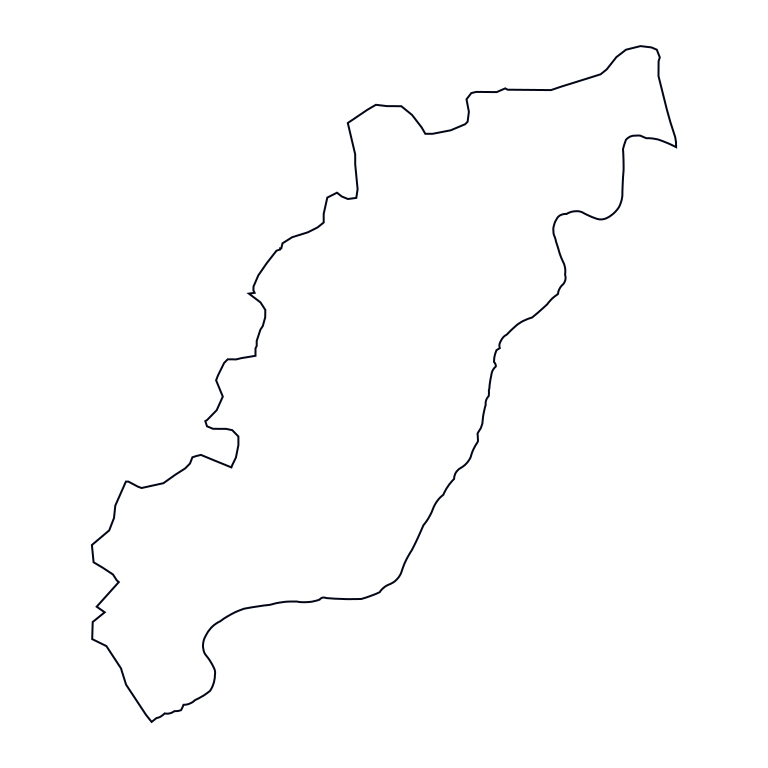 Talkha, Ad Daqahliyah, Egypt (Robinson projection)
{"feature_id": "37247803B18011904824806", "entity_name": "Talkha", "entity_type": "district", "adm_level": 2, "iso_a3": "EGY", "parent_name": "Egypt", "parent_adm1": "Ad Daqahliyah", "projection": "robinson", "projection_center": [31.404, 31.109], "detail": "fine", "context": "isolated", "style": "outline", "palette": "ink", "viewbox_px": 768, "rotation_deg": 0, "n_neighbors": 0, "source": "geoboundaries", "source_scale": "gbopen_adm2", "svg_char_len": 6104}
<svg xmlns="http://www.w3.org/2000/svg" viewBox="0 0 768 768"><path d="M347.8,123.0L355.2,154.4L355.2,164.3L357.6,189.2L356.3,197.9L347.9,199.0L341.8,196.5L337.0,192.7L327.3,197.6L323.7,213.8L323.7,222.5L317.6,227.4L307.9,232.3L292.2,237.2L282.5,243.3L281.3,248.3L280.1,248.3L280.1,249.5L276.5,250.7L266.8,263.1L258.3,275.4L253.5,286.6L253.4,290.3L254.6,292.8L248.9,293.6L260.5,302.4L265.3,309.9L265.2,317.3L262.8,326.0L260.4,329.7L256.7,340.9L256.7,345.9L255.5,348.4L255.5,355.8L241.0,358.2L236.2,359.4L227.7,359.3L224.1,363.0L218.0,375.4L216.1,380.3L222.8,396.6L216.7,410.2L207.0,420.1L205.3,421.1L207.0,426.3L213.0,428.8L226.3,428.9L232.3,430.2L238.4,436.5L238.4,445.2L235.9,457.6L232.3,465.0L231.4,467.4L213.0,459.9L200.9,454.9L196.1,456.1L192.4,457.3L190.0,463.5L185.2,468.4L175.5,474.6L163.4,483.2L141.6,488.0L138.0,486.7L128.4,481.6L125.9,481.6L115.3,505.6L114.0,518.0L109.2,530.4L91.9,545.0L93.6,562.3L102.4,567.5L113.0,574.5L116.8,580.4L118.8,582.1L96.7,606.7L104.7,612.3L92.7,622.0L92.2,639.1L106.4,646.1L121.2,668.7L121.4,669.8L126.1,684.7L145.9,714.7L151.6,721.9L153.7,720.3L156.4,718.1L158.0,717.7L159.2,717.3L160.3,716.8L161.4,716.1L162.9,715.0L163.9,714.2L164.7,713.4L165.8,713.6L166.8,713.7L168.5,713.6L169.5,713.4L171.1,713.0L172.1,712.5L173.1,712.0L174.4,711.1L176.4,711.1L177.9,711.0L179.3,710.7L181.1,710.1L182.4,707.5L183.5,704.8L185.5,704.7L187.4,704.4L189.2,703.8L191.0,703.0L192.1,702.4L193.2,701.7L194.2,700.8L195.2,700.0L199.0,698.2L201.2,696.9L203.4,695.7L206.6,693.5L210.0,690.9L211.1,689.2L212.3,686.9L213.2,684.5L214.0,682.0L214.5,679.4L214.8,677.7L214.9,675.3L215.1,673.4L215.1,671.8L214.9,670.7L214.5,669.2L212.9,665.8L211.7,663.6L209.8,660.5L208.4,658.4L206.9,656.5L205.0,654.0L204.1,652.1L203.7,650.8L203.4,649.4L203.2,648.0L203.0,646.6L203.0,645.2L203.1,643.8L203.3,642.4L203.6,641.0L204.0,639.6L204.7,637.7L205.4,636.4L206.1,635.1L207.2,633.1L208.1,631.6L209.2,630.2L210.3,628.8L211.4,627.5L212.7,626.3L214.0,625.1L216.1,623.6L218.3,622.2L220.2,621.3L224.0,618.5L227.8,616.2L231.7,614.0L235.6,612.0L239.7,610.3L244.1,608.7L251.9,607.3L257.9,606.4L263.9,605.5L270.1,604.8L273.8,603.8L276.6,603.1L279.5,602.6L282.4,602.2L285.3,601.8L288.2,601.6L292.6,601.5L296.6,601.5L299.3,602.0L302.5,602.2L305.7,602.2L308.9,602.0L311.1,601.8L313.2,601.4L315.3,600.9L317.3,600.4L319.6,599.6L320.1,599.0L320.7,598.5L321.6,598.0L322.7,597.6L323.4,597.5L324.5,597.6L325.2,597.7L326.0,598.0L326.8,598.1L335.1,598.7L340.6,598.9L346.1,599.1L351.6,599.1L361.2,599.0L366.2,597.5L371.0,595.8L375.7,594.0L379.7,592.2L380.7,590.7L381.7,589.6L382.7,588.6L384.4,587.1L386.2,585.9L387.5,585.2L388.8,584.6L390.5,583.9L393.1,582.5L394.3,581.7L395.4,580.8L397.0,579.2L398.0,578.1L398.9,576.9L399.7,575.7L400.8,573.7L401.6,571.6L402.2,569.7L403.1,567.2L404.1,564.5L405.3,561.8L406.6,559.1L408.0,556.5L410.2,552.7L411.9,550.0L414.5,544.9L416.9,539.9L419.2,534.9L421.4,529.9L423.4,525.3L425.3,522.9L426.8,520.8L428.1,518.8L429.3,516.7L430.5,514.5L431.6,512.3L433.8,506.8L434.6,505.2L435.5,503.6L436.9,501.4L438.0,500.0L439.1,498.6L441.0,496.7L443.3,494.8L444.3,492.6L445.4,490.5L446.5,488.5L447.8,486.6L449.1,484.6L450.6,482.8L452.1,481.0L454.1,478.9L454.3,476.7L454.8,475.0L455.4,473.4L456.0,472.4L456.6,471.5L457.8,470.2L459.0,469.0L460.0,468.4L461.5,467.5L462.3,467.0L463.6,466.0L464.9,465.0L466.1,463.8L467.2,462.6L468.7,460.6L469.6,459.2L470.6,457.3L471.4,454.6L472.1,452.5L472.9,450.5L473.8,448.6L475.3,445.7L477.4,442.4L477.8,441.6L478.0,440.8L477.7,435.0L477.5,434.0L478.0,432.6L480.8,428.2L482.4,423.5L482.7,420.0L483.2,415.8L483.7,413.0L484.3,410.3L484.9,407.6L485.7,404.9L485.6,403.2L485.7,402.1L485.9,401.1L486.4,399.5L487.1,398.1L488.8,395.8L489.0,392.5L488.9,391.3L488.9,390.1L489.3,388.8L489.7,384.4L490.4,379.8L491.7,373.1L492.2,371.5L492.7,370.4L493.3,369.4L494.3,368.0L495.8,366.5L495.8,365.4L495.5,364.3L495.0,363.2L494.1,362.1L494.0,361.6L494.3,357.5L495.2,353.7L496.5,350.2L499.8,348.1L499.5,346.9L499.4,346.0L499.4,345.0L499.5,344.1L499.8,343.3L500.1,342.4L501.5,339.7L502.5,338.2L503.2,337.3L504.0,336.5L505.4,335.4L506.8,334.6L509.7,331.6L512.4,329.0L517.2,324.7L519.0,323.5L520.8,322.3L522.7,321.2L524.7,320.3L526.7,319.4L528.7,318.6L532.1,317.5L537.9,312.7L543.6,307.6L547.3,304.2L548.4,302.7L549.8,301.1L551.9,298.8L553.5,297.4L555.1,296.1L558.0,294.0L558.2,292.7L558.4,291.5L558.8,290.3L559.6,288.7L560.2,287.6L560.9,286.6L561.7,285.6L562.9,284.5L563.6,283.7L564.1,282.9L564.6,282.0L565.0,281.0L565.3,280.0L565.5,279.0L565.6,278.0L565.5,276.5L565.1,274.7L565.3,272.0L565.3,269.6L565.1,268.1L564.8,266.6L564.1,264.0L562.5,260.6L561.4,258.1L560.4,255.5L559.5,252.9L558.0,247.7L556.2,242.2L555.4,238.9L554.7,236.9L553.8,234.6L553.5,232.9L553.4,231.0L553.3,228.7L553.5,227.2L553.9,225.6L554.6,223.2L555.2,221.7L555.9,220.3L557.2,218.1L558.0,217.0L559.0,216.1L560.3,215.2L561.8,214.6L563.3,214.2L564.4,214.0L565.4,213.9L566.5,214.0L568.0,213.1L569.3,212.6L570.6,212.1L571.9,211.7L574.3,211.3L576.7,211.2L578.1,211.2L579.4,211.4L581.9,212.1L584.8,213.7L588.3,215.4L591.9,217.0L596.8,218.8L598.0,219.1L599.7,219.4L601.6,219.4L602.8,219.3L604.5,218.9L606.2,218.3L608.0,217.4L609.6,216.5L611.0,215.5L613.1,213.9L615.0,212.1L616.2,210.8L617.9,208.7L618.9,207.2L619.4,206.3L620.1,204.7L620.7,203.1L621.5,200.5L621.9,198.8L622.3,196.2L622.4,194.5L622.4,191.7L622.7,183.9L623.0,177.7L623.6,170.0L623.6,165.2L623.5,159.6L623.3,154.0L623.0,149.1L624.2,144.8L625.1,142.2L625.9,139.9L627.0,138.7L627.9,138.0L628.8,137.4L629.7,136.8L630.7,136.4L631.7,136.1L632.7,135.8L633.8,135.7L635.5,135.7L637.4,135.5L640.2,135.6L646.2,138.2L649.5,138.2L652.6,138.5L655.7,139.0L657.7,139.4L659.6,140.0L662.6,141.1L667.6,143.1L671.2,144.7L676.1,147.1L676.0,142.1L675.2,137.1L670.4,122.2L666.9,109.7L658.5,76.1L658.6,61.2L659.8,57.4L656.8,49.7L651.4,47.4L640.5,46.1L626.0,49.7L616.4,57.1L606.7,69.4L600.6,74.3L561.3,86.6L551.0,90.1L507.6,89.7L505.2,88.4L496.7,92.1L476.2,91.9L471.3,93.1L466.5,99.3L468.9,111.8L467.6,121.7L465.2,124.2L450.7,130.3L432.6,133.8L425.3,133.8L421.7,127.5L412.1,115.0L401.3,106.2L386.8,106.1L375.9,104.8L367.5,109.7L347.8,123.0Z" fill="none" stroke="#020617" stroke-width="2"/></svg>